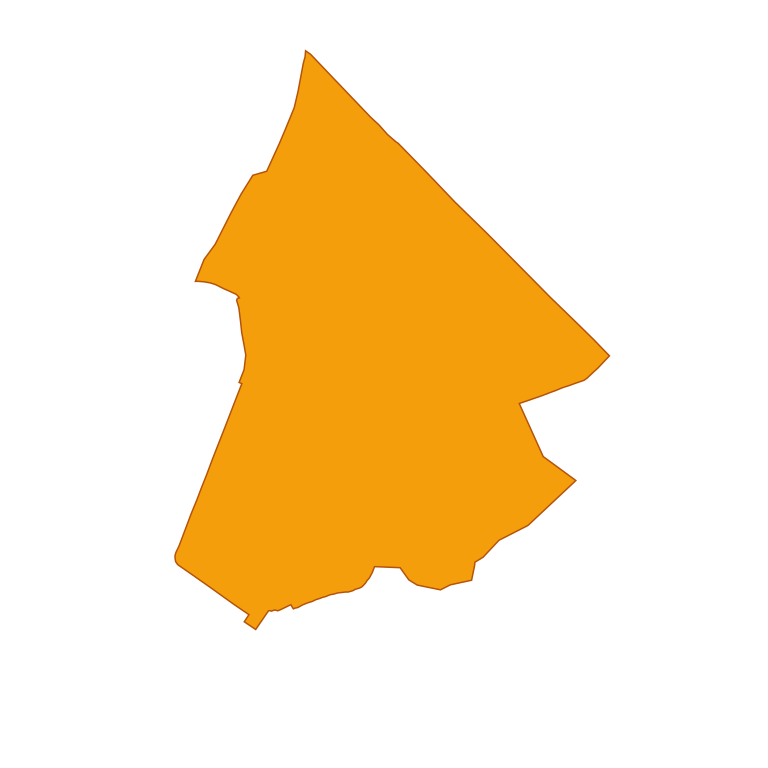 the district of City, Castries, Saint Lucia, rotated 293°
{"feature_id": "8701671B44976535093209", "entity_name": "City", "entity_type": "district", "adm_level": 2, "iso_a3": "LCA", "parent_name": "Saint Lucia", "parent_adm1": "Castries", "projection": "albers", "projection_center": [-60.991, 14.009], "detail": "fine", "context": "isolated", "style": "filled", "palette": "amber", "viewbox_px": 768, "rotation_deg": 293, "n_neighbors": 0, "source": "geoboundaries", "source_scale": "gbopen_adm2", "svg_char_len": 1899}
<svg xmlns="http://www.w3.org/2000/svg" viewBox="0 0 768 768"><g transform="rotate(293 384 384)"><path d="M660.1,181.6L654.4,183.5L647.7,184.4L619.5,190.6L603.3,193.4L580.6,193.7L564.0,193.7L534.0,192.9L524.9,181.7L503.2,178.3L481.3,176.3L446.6,174.0L428.3,169.7L404.8,170.3L405.8,172.6L407.7,178.2L408.1,179.9L409.2,184.7L409.7,189.9L409.1,199.5L409.1,203.1L408.8,213.1L407.3,216.5L406.8,217.2L405.5,215.6L403.5,215.6L397.3,220.7L385.0,227.8L375.8,232.9L365.1,240.0L356.6,245.5L342.5,249.6L328.8,250.0L328.8,253.0L306.2,253.7L281.9,254.5L249.3,255.4L231.1,256.2L217.0,256.5L205.0,257.0L189.1,257.2L160.5,258.4L154.4,258.6L148.0,258.3L145.5,258.5L143.5,259.0L141.4,260.1L139.1,261.6L137.1,264.7L133.9,280.1L129.0,303.0L122.5,331.9L118.9,349.8L110.5,348.3L107.9,361.8L130.0,366.3L130.8,367.6L131.0,369.3L132.7,370.9L133.5,372.5L133.7,374.8L136.1,377.2L142.1,382.4L143.7,383.8L144.4,384.5L141.6,388.4L143.1,389.9L143.8,391.0L144.7,392.1L148.9,395.4L152.6,399.1L155.8,402.9L158.9,405.6L161.6,408.8L163.7,410.9L165.3,413.1L169.0,416.8L171.1,420.0L173.7,423.2L175.8,427.0L177.4,429.7L178.5,432.3L181.6,436.1L183.7,437.7L186.9,441.5L189.0,443.1L193.3,444.7L196.4,445.2L199.6,446.3L206.0,446.9L207.9,446.8L211.4,446.7L212.2,446.7L217.3,460.2L221.2,470.6L213.4,483.4L211.9,493.1L212.6,496.7L216.6,516.4L225.1,523.6L237.6,541.3L252.5,538.3L255.5,537.3L263.3,542.9L285.1,550.9L310.1,571.8L370.1,598.3L379.4,558.9L418.9,516.1L428.4,526.7L434.9,533.9L440.5,539.7L446.0,545.5L450.1,549.5L455.7,555.9L458.9,559.3L462.5,563.3L465.6,566.7L468.7,568.6L476.7,572.1L482.1,574.6L498.0,580.5L502.8,569.1L506.8,559.7L508.1,556.4L515.4,537.8L529.2,502.1L533.6,491.5L557.0,434.4L563.4,418.7L576.6,384.8L579.2,378.1L595.6,340.1L598.6,332.9L611.0,303.2L611.2,302.6L611.5,300.6L615.0,289.7L620.3,278.6L624.6,266.9L625.2,265.5L645.6,218.1L658.8,187.6L660.1,181.6Z" fill="#f59e0b" stroke="#b45309" stroke-width="1.5"/></g></svg>